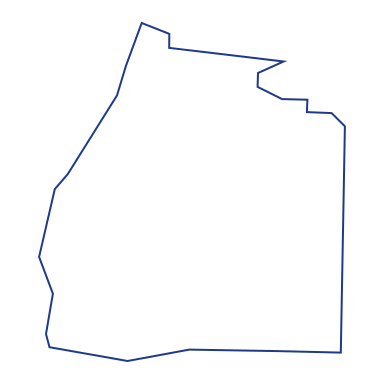 the district of Quitman, Georgia, United States of America
{"feature_id": "52423323B98878811528478", "entity_name": "Quitman", "entity_type": "district", "adm_level": 2, "iso_a3": "USA", "parent_name": "United States of America", "parent_adm1": "Georgia", "projection": "orthographic", "projection_center": [-85.022, 31.882], "detail": "fine", "context": "isolated", "style": "outline", "palette": "blue", "viewbox_px": 384, "rotation_deg": 0, "n_neighbors": 0, "source": "geoboundaries", "source_scale": "gbopen_adm2", "svg_char_len": 399}
<svg xmlns="http://www.w3.org/2000/svg" viewBox="0 0 384 384"><path d="M344.9,126.3L331.6,113.1L306.9,112.1L307.4,99.7L282.1,99.1L257.6,86.9L258.0,73.0L283.6,61.5L169.2,47.9L169.3,33.9L141.7,23.0L125.9,66.0L117.0,95.4L67.7,174.2L54.8,189.1L39.1,256.9L52.9,293.7L46.0,334.0L49.5,347.2L127.5,361.0L189.3,349.6L277.8,351.1L340.8,352.6L344.9,126.3Z" fill="none" stroke="#1e3a8a" stroke-width="2"/></svg>